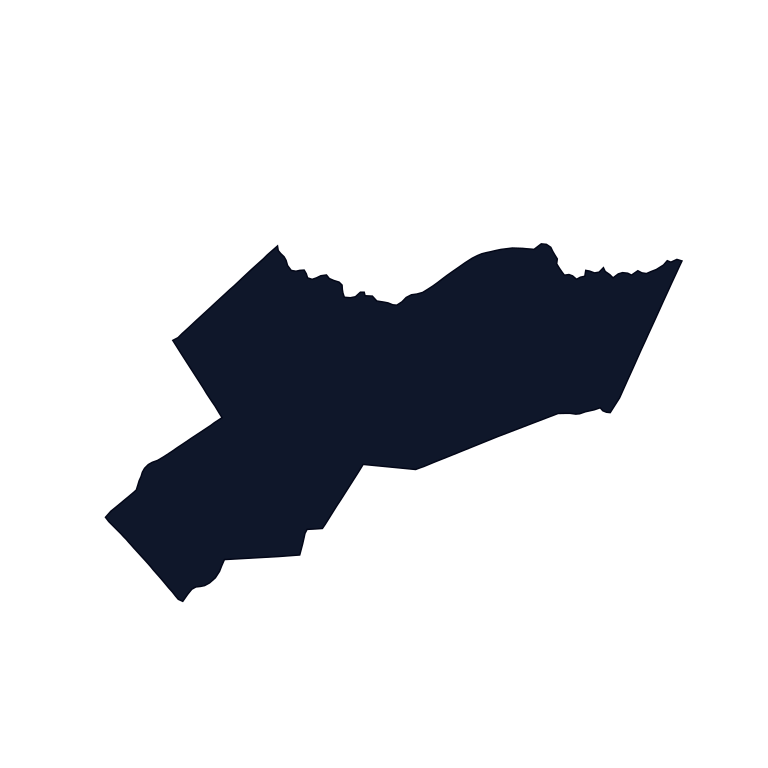 the district of Araruama, Rio de Janeiro, Brazil, rotated 45°
{"feature_id": "56859067B24676090780679", "entity_name": "Araruama", "entity_type": "district", "adm_level": 2, "iso_a3": "BRA", "parent_name": "Brazil", "parent_adm1": "Rio de Janeiro", "projection": "equal_earth", "projection_center": [-42.303, -22.745], "detail": "fine", "context": "isolated", "style": "filled", "palette": "ink", "viewbox_px": 768, "rotation_deg": 45, "n_neighbors": 0, "source": "geoboundaries", "source_scale": "gbopen_adm2", "svg_char_len": 2840}
<svg xmlns="http://www.w3.org/2000/svg" viewBox="0 0 768 768"><g transform="rotate(45 384 384)"><path d="M564.2,244.3L560.4,227.2L555.4,214.1L553.6,209.4L548.8,196.6L541.7,178.1L538.0,168.0L535.5,161.4L531.0,149.2L526.5,137.2L522.9,127.7L518.8,116.6L516.1,109.4L514.1,103.9L511.9,97.9L510.0,92.8L507.7,86.3L503.0,88.8L500.7,95.0L497.1,96.5L497.5,102.2L495.6,110.5L493.3,115.7L491.5,120.3L487.7,123.1L483.4,124.4L482.0,132.0L478.0,133.3L473.9,136.6L471.8,140.5L470.9,147.0L466.4,147.0L460.8,148.0L456.9,146.6L457.0,152.8L454.3,156.6L449.5,158.8L446.3,161.0L449.8,165.8L447.3,169.7L446.1,173.8L440.9,174.2L437.4,175.8L434.6,179.5L431.0,179.0L426.1,178.1L421.1,176.9L418.1,173.0L413.0,171.8L409.6,170.9L405.3,169.4L400.1,170.4L396.1,173.7L394.9,182.7L391.8,185.3L388.9,187.8L386.1,190.1L378.6,197.1L371.5,206.2L368.5,210.8L365.8,215.2L363.5,218.7L361.1,222.7L359.3,227.0L357.4,232.7L355.6,240.9L354.3,248.4L352.9,256.1L351.8,262.5L350.9,268.8L350.2,274.3L349.3,279.9L347.9,286.4L346.6,291.9L343.6,297.2L340.3,301.5L338.5,307.1L338.6,313.2L337.3,319.2L334.2,321.8L329.5,323.8L326.1,326.1L320.2,330.4L313.6,330.1L308.2,335.0L305.1,333.1L302.4,335.8L302.1,342.5L299.2,346.8L294.6,350.7L290.6,348.7L287.7,346.6L284.4,343.7L280.2,343.7L275.3,346.3L270.7,348.1L266.2,347.6L262.8,352.1L261.2,356.7L259.2,360.8L254.9,363.0L251.1,361.0L247.0,359.9L244.1,363.2L242.0,366.5L238.1,369.3L232.0,368.4L227.3,365.8L223.4,364.7L218.6,364.8L214.8,364.4L211.1,361.7L210.6,369.0L210.2,375.2L210.2,380.7L209.9,385.8L209.3,397.1L208.9,409.4L208.8,414.0L208.6,420.7L208.2,426.3L208.0,432.3L207.7,439.0L207.0,457.0L206.4,470.8L205.9,485.1L205.6,490.8L205.6,496.9L203.8,502.5L218.9,505.9L228.5,508.0L259.0,514.6L265.4,516.2L275.7,518.3L280.1,519.1L287.7,521.0L293.3,522.3L291.4,531.3L290.8,535.7L286.0,559.1L285.0,564.5L284.0,569.6L282.9,574.9L281.7,581.7L279.7,591.2L277.9,598.2L275.5,603.3L274.3,607.6L274.3,612.9L275.5,617.2L277.6,621.1L279.2,625.4L281.3,629.3L283.8,634.1L283.4,640.1L281.5,660.5L280.8,667.0L281.3,675.2L286.7,675.9L291.2,675.9L295.8,675.9L300.6,675.9L304.1,675.9L307.8,676.1L311.6,676.1L315.2,676.4L319.2,676.6L323.5,676.9L328.5,677.1L334.6,677.4L339.4,677.6L343.1,677.8L347.7,678.1L352.5,678.6L357.2,678.9L363.7,679.3L369.4,679.8L375.7,680.4L381.4,680.7L387.0,681.4L390.8,681.7L395.4,680.0L393.9,671.6L393.2,665.1L394.5,660.5L397.4,656.9L399.7,653.4L401.3,648.0L401.8,640.3L400.2,632.8L397.9,627.6L395.3,621.0L431.6,580.4L445.3,564.5L439.6,554.7L436.2,549.3L433.8,545.6L432.4,541.2L437.8,535.2L442.6,529.7L441.7,524.9L436.7,503.2L435.4,496.8L428.1,463.9L426.1,455.6L455.0,431.8L466.8,422.1L468.6,418.1L470.5,414.2L474.7,404.0L480.9,389.6L501.5,341.0L527.9,281.8L532.4,277.1L536.4,273.1L540.9,269.7L543.4,266.7L546.0,261.3L550.9,253.6L553.7,247.9L557.6,248.2L561.2,246.7L564.2,244.3Z" fill="#0f172a" stroke="#020617" stroke-width="1.5"/></g></svg>